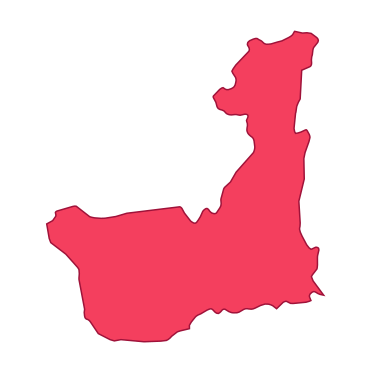 outline of Suphan Buri, rotated 81°
{"feature_id": "THA-403", "entity_name": "Suphan Buri", "entity_type": "Province", "adm_level": 1, "iso_a3": "THA", "parent_name": "Thailand", "parent_adm1": "", "projection": "mercator", "projection_center": [99.785, 14.567], "detail": "fine", "context": "isolated", "style": "filled", "palette": "rose", "viewbox_px": 384, "rotation_deg": 81, "n_neighbors": 0, "source": "natural_earth", "source_scale": "10m", "svg_char_len": 3871}
<svg xmlns="http://www.w3.org/2000/svg" viewBox="0 0 384 384"><g transform="rotate(81 192 192)"><path d="M314.5,78.1L313.1,81.7L312.6,82.5L311.9,83.6L310.1,85.7L309.6,86.6L309.4,87.7L309.8,89.2L311.3,91.4L312.6,92.2L313.9,92.4L317.8,91.5L318.3,93.3L318.7,96.7L317.9,109.7L317.4,112.1L314.9,115.6L314.6,116.3L314.8,117.9L315.2,119.2L320.5,126.7L316.9,130.1L315.8,131.7L314.9,133.6L314.6,134.6L314.1,137.4L314.8,142.1L316.6,148.0L317.0,150.0L317.0,151.7L316.4,154.2L315.9,155.7L315.7,157.4L316.0,159.2L318.0,164.3L318.3,166.4L317.9,169.5L317.5,171.3L316.9,172.6L316.4,173.4L315.9,174.3L312.9,177.8L312.7,178.9L313.0,180.3L314.7,182.3L315.6,183.7L316.1,185.0L315.5,186.7L314.7,187.6L313.8,188.4L313.0,188.9L311.4,190.0L310.8,190.7L310.3,191.5L310.4,193.2L311.0,195.6L313.7,202.4L314.4,205.2L315.2,207.1L316.1,208.4L320.3,213.0L323.2,215.4L326.6,215.9L327.3,225.1L327.8,228.3L331.2,234.5L332.9,236.7L333.9,238.5L334.6,240.5L334.4,246.1L332.4,262.8L326.7,285.3L326.9,292.0L325.0,296.0L317.2,306.7L304.3,312.7L303.1,313.4L302.3,314.1L301.6,314.9L301.2,315.8L300.6,316.6L299.4,317.3L297.6,317.5L294.1,317.3L291.0,316.4L260.9,317.3L259.3,317.1L255.1,316.1L251.4,315.8L250.5,315.9L248.5,316.8L233.7,326.3L219.9,339.4L215.6,340.3L200.8,340.5L198.5,334.1L194.7,330.4L193.3,330.0L192.2,330.1L190.8,330.1L190.1,329.4L189.7,328.4L187.6,311.9L187.6,309.9L188.0,308.5L200.4,296.9L201.3,295.0L202.3,292.3L203.8,285.9L204.3,282.0L204.3,271.1L202.8,259.7L204.7,206.5L205.1,205.7L205.9,205.0L206.7,204.5L211.6,202.8L220.5,197.9L221.5,196.9L222.9,195.2L223.3,193.9L223.1,192.9L222.6,192.1L220.6,190.1L217.7,187.6L212.8,184.4L212.0,183.5L211.3,182.5L210.6,180.9L210.6,179.8L211.2,179.0L211.9,178.4L213.6,177.6L214.7,176.8L215.8,175.8L216.9,173.5L216.9,172.2L216.6,171.2L211.7,166.7L210.0,165.6L208.0,165.0L204.3,164.7L203.2,164.4L193.9,160.2L193.1,159.6L192.3,158.7L188.8,153.4L188.1,152.4L179.3,145.3L162.9,125.4L162.2,124.8L160.3,123.8L158.3,123.1L157.1,122.9L151.1,122.7L148.8,123.1L148.0,123.6L147.2,124.1L145.9,125.4L144.3,126.7L143.5,127.2L142.7,127.6L141.6,127.9L140.6,128.1L139.4,128.1L137.3,127.6L135.3,126.9L133.1,126.6L131.0,126.9L130.0,127.0L129.2,126.6L127.7,125.6L126.8,125.1L125.8,124.8L124.8,124.9L124.1,125.5L123.7,126.4L123.4,127.5L123.7,132.1L123.5,133.2L122.4,136.2L122.2,137.4L122.0,141.1L121.7,142.3L121.4,143.3L120.5,144.9L119.9,145.7L119.1,146.3L117.4,147.4L116.8,147.9L115.7,149.6L114.8,151.6L114.2,152.4L113.6,153.1L112.7,153.5L111.8,153.9L107.1,154.4L102.2,156.1L101.3,156.2L100.5,155.8L95.0,148.6L94.0,146.5L93.8,145.0L95.7,143.0L96.3,141.8L96.6,140.2L96.1,137.1L95.4,135.2L94.6,133.9L92.9,132.6L91.0,131.8L89.1,131.1L87.9,130.9L86.7,130.9L85.6,131.1L81.1,133.1L78.9,133.7L76.7,132.0L73.4,128.8L61.9,113.8L61.0,113.3L59.9,113.0L58.8,113.1L57.8,113.3L55.9,114.1L54.7,114.2L53.1,113.5L52.3,112.6L51.5,111.1L51.2,109.9L50.6,107.7L50.3,105.4L50.4,104.4L50.7,103.5L52.0,102.1L53.2,100.4L53.8,99.7L54.5,99.1L56.0,98.0L56.6,97.4L57.2,96.5L57.7,95.5L58.0,93.2L58.1,90.7L57.2,83.8L57.0,81.4L56.8,79.5L54.5,72.2L53.6,70.0L52.6,68.3L52.0,67.7L49.4,65.6L49.6,64.9L52.3,58.1L52.7,53.6L54.0,49.5L58.7,44.9L59.6,44.2L60.6,43.7L62.0,43.5L63.0,43.9L63.9,44.4L68.4,49.3L69.5,49.9L70.7,50.4L75.3,51.7L77.2,52.6L80.2,53.4L83.3,53.7L84.8,54.1L85.9,54.8L86.5,55.6L86.8,56.5L88.9,64.6L117.0,70.6L120.0,72.9L123.3,74.9L124.2,75.3L129.4,76.9L130.4,77.4L145.2,81.3L148.5,81.2L150.3,80.5L150.3,78.1L149.8,75.0L148.5,70.4L148.4,69.6L148.5,69.3L149.3,68.7L153.5,67.2L155.3,66.9L156.7,67.0L160.5,68.6L170.8,74.2L176.5,76.3L196.7,79.1L217.8,87.9L239.5,90.0L242.7,90.7L244.6,91.4L245.8,91.6L248.7,91.3L252.8,90.2L262.1,87.0L265.5,85.1L267.2,83.4L267.0,82.3L266.1,79.2L265.9,78.2L266.2,77.2L266.7,76.4L267.2,75.9L268.1,75.7L269.3,75.8L274.7,78.0L276.5,78.4L283.7,79.5L286.0,80.1L287.5,80.6L292.8,86.2L294.3,87.3L298.8,86.3L314.5,78.1Z" fill="#f43f5e" stroke="#9f1239" stroke-width="1.5"/></g></svg>